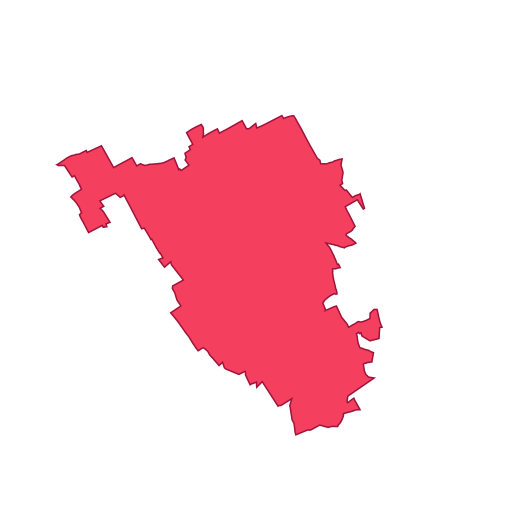 outline of Yaxcabá, Yucatán, Mexico, rotated 146°
{"feature_id": "50627088B72724405563530", "entity_name": "Yaxcabá", "entity_type": "district", "adm_level": 2, "iso_a3": "MEX", "parent_name": "Mexico", "parent_adm1": "Yucatán", "projection": "albers", "projection_center": [-88.743, 20.484], "detail": "fine", "context": "isolated", "style": "filled", "palette": "rose", "viewbox_px": 512, "rotation_deg": 146, "n_neighbors": 0, "source": "geoboundaries", "source_scale": "gbopen_adm2", "svg_char_len": 6067}
<svg xmlns="http://www.w3.org/2000/svg" viewBox="0 0 512 512"><g transform="rotate(146 256 256)"><path d="M134.9,249.4L135.8,249.2L139.4,250.3L140.6,250.5L143.4,250.7L144.2,260.2L145.6,260.6L146.8,267.7L143.7,267.6L142.4,271.0L137.5,276.1L137.3,276.6L136.9,277.0L136.1,279.5L134.8,283.7L132.6,286.1L130.3,288.3L132.7,289.4L134.1,289.9L135.3,290.1L137.5,290.9L140.3,291.1L142.5,292.1L145.6,292.8L147.1,293.7L150.8,296.3L149.5,299.7L150.5,302.7L149.4,317.3L148.8,323.7L147.9,331.7L147.3,336.9L146.7,345.2L146.5,346.6L146.3,351.2L147.4,351.8L148.8,352.5L150.4,353.1L153.8,354.1L156.2,354.6L156.1,356.2L156.0,357.9L176.0,360.3L177.7,360.6L180.3,361.0L183.8,361.7L182.1,366.0L184.5,365.9L186.8,365.7L188.9,365.5L190.4,365.4L192.7,366.7L191.8,376.0L209.0,377.4L217.6,378.3L216.9,383.0L220.0,383.4L226.4,384.0L233.5,384.3L231.1,386.7L230.1,388.7L229.6,389.2L228.6,390.7L227.9,392.3L227.8,395.7L234.6,396.7L239.3,397.1L244.6,397.1L245.3,390.7L246.0,383.9L250.4,384.1L251.0,380.9L257.5,380.9L258.9,376.6L261.1,375.2L260.8,368.8L270.2,368.7L270.5,370.8L271.8,370.7L270.3,377.2L269.1,383.2L275.2,384.2L275.7,384.1L278.1,384.6L280.0,384.9L280.4,385.0L283.3,386.1L284.7,386.9L285.6,387.4L287.6,388.4L288.9,389.2L291.0,390.3L293.0,391.6L294.5,391.9L295.9,392.5L297.6,393.3L298.3,394.3L299.4,395.8L299.7,396.3L300.0,397.0L302.3,397.3L304.5,397.4L303.8,406.9L309.8,407.4L318.9,408.4L324.6,408.9L322.5,433.8L337.9,436.3L338.1,436.3L337.7,438.4L341.7,438.9L345.2,439.3L345.7,439.4L346.3,439.7L347.9,440.6L349.1,441.0L350.8,441.5L352.3,442.1L354.1,442.6L355.6,442.7L357.0,442.9L357.7,442.9L358.1,442.9L358.6,443.0L359.7,442.9L360.3,442.9L366.8,442.9L368.4,442.9L369.6,442.9L370.0,443.0L369.3,441.6L364.2,438.1L364.3,424.3L363.5,424.2L362.5,424.2L361.7,424.1L361.7,423.4L361.8,422.8L361.9,420.9L362.1,419.2L362.2,418.5L362.2,417.3L362.4,415.7L362.4,414.7L362.7,412.3L362.9,412.4L363.2,410.0L363.3,409.0L364.3,409.0L367.0,409.0L368.0,409.1L368.9,409.1L371.5,409.1L374.2,409.0L375.6,408.7L376.5,408.5L376.2,406.7L376.0,405.7L375.7,404.3L375.3,401.3L375.2,399.1L375.2,398.0L375.2,396.5L375.4,394.3L375.7,393.3L376.4,389.5L376.8,389.5L377.1,389.4L379.3,388.9L379.4,388.3L379.8,386.4L380.0,385.0L380.4,380.1L380.9,375.9L381.1,374.0L381.4,371.8L381.4,371.4L381.7,369.0L374.1,368.2L366.4,367.3L366.6,365.2L365.0,364.5L363.2,363.7L362.4,366.5L358.2,365.5L357.7,378.0L357.9,379.4L358.6,382.7L354.4,382.3L354.7,389.0L337.4,386.6L335.8,380.5L332.6,380.1L331.3,380.5L333.1,364.0L335.6,342.5L333.0,341.5L333.6,330.6L333.9,328.4L333.0,328.3L334.0,318.3L334.2,312.3L333.8,312.2L334.2,306.5L338.7,307.6L338.1,297.9L329.9,298.9L330.7,297.1L330.9,296.2L331.0,295.5L330.9,294.5L330.6,290.1L330.4,287.0L329.9,280.5L329.7,276.7L341.8,277.8L343.5,275.9L343.9,270.9L346.1,263.9L346.2,256.6L358.5,256.6L358.1,252.9L357.7,248.4L357.4,244.8L357.4,243.2L357.2,232.2L356.8,226.3L357.0,222.6L357.2,218.0L357.2,213.9L357.0,209.8L355.5,209.6L354.1,209.8L350.8,209.4L349.3,203.9L349.7,199.8L349.0,195.3L347.9,185.8L343.2,186.6L344.7,181.0L344.1,179.0L336.4,167.4L329.5,166.5L329.6,166.0L329.9,165.2L330.5,164.3L331.2,163.5L332.9,152.5L331.1,152.5L330.9,152.5L330.7,152.3L329.9,152.1L328.0,151.6L326.2,151.2L327.0,149.9L327.5,149.0L328.8,146.8L321.1,148.3L321.2,144.9L321.4,134.4L321.7,119.2L320.8,119.2L319.3,118.4L318.6,118.1L306.1,117.7L311.6,113.1L312.7,110.5L314.7,106.4L316.6,102.2L317.7,100.0L318.0,96.3L319.9,92.3L321.8,88.7L322.3,87.4L323.0,85.5L310.6,82.9L308.2,81.2L297.7,80.2L292.1,73.6L288.9,72.5L287.6,71.8L283.8,69.0L282.8,69.4L282.2,69.9L279.1,70.7L275.8,72.5L274.1,73.7L273.5,74.2L273.0,74.5L271.7,76.4L269.6,75.7L267.2,75.0L264.2,73.8L262.0,73.2L260.3,72.8L259.5,72.6L259.2,72.5L255.7,70.4L255.3,75.2L255.3,75.6L255.0,78.5L254.9,80.9L254.5,82.5L254.4,83.4L256.8,83.4L258.5,83.3L261.6,83.1L262.0,83.0L262.1,83.4L261.5,84.9L258.2,88.5L226.3,88.8L229.6,92.0L230.1,92.2L230.4,92.5L230.5,92.6L230.5,93.1L230.7,94.1L230.8,94.9L231.2,96.1L230.9,97.4L230.8,98.2L230.7,98.7L230.7,98.8L230.6,99.2L230.6,99.3L230.2,100.8L229.9,101.3L229.5,101.9L229.3,102.5L228.9,103.3L228.8,103.7L228.2,104.6L228.1,105.0L227.8,105.7L227.5,106.1L227.2,106.8L227.2,106.6L226.8,106.5L225.9,106.2L225.7,106.0L224.7,105.6L224.0,105.5L223.8,105.6L223.5,105.6L222.9,105.1L222.3,105.0L222.1,104.9L222.0,104.7L221.8,104.5L221.0,104.2L220.3,104.1L219.9,103.8L219.5,103.5L219.3,103.3L219.1,103.5L212.6,110.2L214.0,112.0L214.8,113.6L215.2,114.5L215.9,115.4L218.1,117.8L219.3,119.7L220.3,120.9L221.1,121.7L221.0,122.7L220.1,126.4L219.7,127.5L218.0,131.2L217.3,132.3L216.2,135.4L215.1,135.3L213.7,135.4L213.5,133.7L213.0,133.6L211.9,133.7L212.9,130.5L210.3,124.7L208.9,121.9L200.2,118.8L194.6,126.0L193.5,127.5L191.3,126.5L191.0,128.4L190.7,129.9L190.1,132.2L188.7,135.9L185.5,144.0L188.0,145.7L191.4,145.1L191.8,144.9L192.5,145.0L193.4,144.8L196.5,140.4L198.9,140.8L200.3,140.9L202.4,141.5L204.1,141.8L206.3,142.8L207.5,144.2L208.3,144.6L212.1,144.5L213.7,144.8L219.0,145.1L218.5,149.2L219.3,157.3L217.3,169.6L220.1,170.4L229.1,172.0L228.8,172.2L228.0,173.8L228.1,174.0L228.0,174.5L228.0,174.8L227.2,178.1L227.1,179.5L223.4,181.0L218.8,181.5L216.0,181.5L212.0,181.0L211.5,180.2L211.2,179.7L210.8,179.5L210.0,179.3L208.4,182.7L208.3,183.9L205.6,190.9L205.3,192.0L204.9,193.0L204.4,193.9L203.8,195.6L203.3,196.5L202.3,198.3L201.9,199.3L201.5,199.8L201.0,200.2L200.4,201.5L199.7,202.5L198.0,201.5L197.4,201.0L196.3,200.6L194.8,200.3L194.5,200.1L194.2,199.9L192.7,199.3L192.1,203.1L193.3,203.3L191.9,209.5L191.9,210.5L191.5,211.7L191.4,212.0L191.3,213.0L190.9,216.2L190.5,218.6L190.3,220.6L190.2,222.5L190.5,224.0L190.5,224.5L190.7,227.6L184.7,221.4L184.5,220.8L182.8,219.2L182.1,218.6L181.9,217.6L178.1,213.3L177.1,213.6L176.4,213.2L175.0,213.1L173.2,212.5L170.0,211.3L166.0,210.8L166.1,211.9L167.0,214.7L167.4,216.5L167.7,217.3L168.6,219.1L169.7,222.9L169.0,223.7L168.7,223.8L163.5,223.4L162.1,223.6L161.8,223.5L160.3,224.3L157.3,225.1L155.8,236.5L155.2,242.3L155.2,242.7L155.1,243.1L155.1,243.9L154.9,244.3L154.8,244.7L154.5,247.0L140.6,246.0L140.8,234.9L139.4,234.8L134.9,249.4Z" fill="#f43f5e" stroke="#9f1239" stroke-width="1.5"/></g></svg>